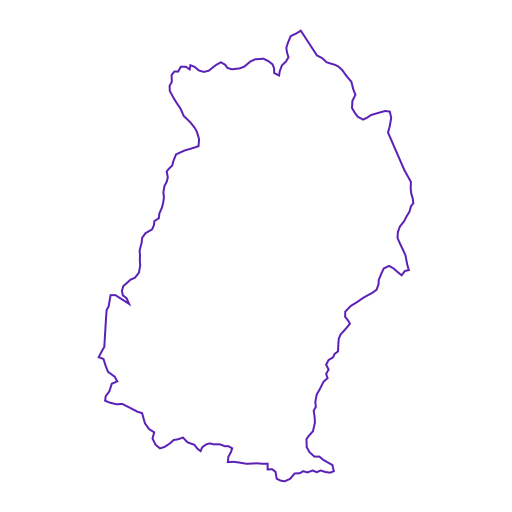 Itirapina, São Paulo, Brazil
{"feature_id": "56859067B43093187714346", "entity_name": "Itirapina", "entity_type": "district", "adm_level": 2, "iso_a3": "BRA", "parent_name": "Brazil", "parent_adm1": "São Paulo", "projection": "albers", "projection_center": [-47.835, -22.292], "detail": "fine", "context": "isolated", "style": "outline", "palette": "violet", "viewbox_px": 512, "rotation_deg": 0, "n_neighbors": 0, "source": "geoboundaries", "source_scale": "gbopen_adm2", "svg_char_len": 3097}
<svg xmlns="http://www.w3.org/2000/svg" viewBox="0 0 512 512"><path d="M300.8,30.7L296.6,33.3L290.7,36.1L287.9,42.8L286.3,47.9L287.1,52.9L288.5,57.2L286.0,61.5L281.9,65.4L279.7,71.4L279.1,75.5L274.2,73.1L274.1,68.2L272.5,64.3L268.6,61.3L263.5,58.7L255.2,59.3L250.4,61.5L244.2,66.7L239.7,68.4L231.9,69.3L227.4,67.9L225.1,64.7L220.9,62.3L216.2,64.9L213.0,67.3L208.6,70.8L203.8,71.9L198.9,70.5L194.6,66.9L190.4,65.2L189.7,69.4L185.9,66.8L180.9,66.7L178.1,71.6L174.4,71.5L171.6,75.1L171.8,81.9L169.6,85.8L169.8,91.0L173.6,98.0L176.8,103.2L180.4,108.4L183.7,115.9L190.1,122.1L194.7,127.8L196.9,131.8L199.1,139.3L198.5,146.2L190.5,148.8L185.1,150.3L180.8,152.2L176.0,154.4L173.6,160.4L172.2,165.6L169.4,168.2L166.7,171.4L167.8,177.4L166.7,181.9L164.5,185.8L163.4,192.0L163.9,197.4L163.3,202.2L162.0,207.5L159.3,213.6L158.9,218.1L154.4,221.1L153.9,225.2L152.1,229.4L145.6,233.1L142.2,237.6L141.6,242.8L139.6,250.5L140.0,254.9L139.8,259.6L140.2,265.6L138.9,272.7L135.0,277.7L130.3,279.8L127.3,282.6L123.3,286.1L121.9,290.8L122.8,295.3L126.5,298.1L129.1,303.9L115.3,295.1L110.6,295.1L108.6,306.5L106.7,309.9L106.2,315.3L104.3,346.9L102.0,350.8L98.7,357.2L103.5,359.0L105.3,364.9L108.0,371.8L114.8,376.8L117.2,381.4L111.8,383.7L109.3,391.4L105.7,396.2L105.1,400.7L109.9,402.7L116.8,404.3L122.2,403.9L126.8,406.2L137.6,411.8L142.1,413.1L143.3,417.5L144.9,423.2L148.9,429.0L154.2,432.3L152.5,438.5L155.6,444.8L160.0,448.4L164.6,446.9L169.5,443.7L173.7,440.0L177.5,439.4L183.0,437.6L187.5,442.3L194.4,444.8L197.5,448.8L200.6,451.1L202.2,447.3L206.0,444.5L209.7,443.4L213.5,444.3L219.8,444.3L224.8,446.2L228.4,446.2L232.2,448.3L230.9,452.2L228.4,456.7L227.8,462.1L233.8,461.8L238.9,462.5L246.6,463.8L256.6,463.3L263.2,463.8L267.6,463.7L267.7,469.5L272.1,469.2L275.5,471.8L276.7,478.7L280.5,480.6L284.7,481.3L290.0,478.9L294.6,473.5L299.9,473.2L303.1,471.2L307.5,472.4L312.7,470.5L316.7,472.2L320.6,470.5L325.4,472.0L330.1,472.7L333.8,471.2L332.4,465.0L327.2,462.1L323.2,459.8L319.4,456.6L314.4,456.6L309.5,452.2L306.7,447.1L306.5,439.1L308.9,435.7L313.0,431.2L313.9,427.1L314.9,422.8L314.7,417.6L313.7,410.6L315.8,406.9L315.3,401.9L316.7,394.6L320.1,388.6L323.4,381.9L327.6,378.1L326.1,373.9L328.6,369.5L326.1,364.6L328.6,360.0L333.0,357.4L334.6,353.9L338.0,351.4L338.4,342.8L338.8,338.7L340.6,334.4L346.1,328.4L349.9,323.7L347.9,320.2L345.1,316.8L345.3,311.6L350.7,306.0L357.2,302.0L363.1,297.9L366.6,295.9L372.6,292.7L376.6,289.7L378.6,284.1L378.7,280.0L381.5,273.3L383.8,268.4L389.1,265.9L393.5,268.4L398.5,272.8L401.6,275.3L404.9,271.0L408.8,270.1L407.2,264.4L405.4,255.1L403.0,249.9L399.9,243.4L397.5,237.9L397.9,232.0L399.9,226.5L404.1,221.2L406.8,216.0L409.5,211.7L410.9,206.3L413.3,203.3L412.7,198.4L411.1,192.9L410.7,188.5L410.9,181.9L404.3,170.0L388.0,132.5L389.8,126.0L391.2,117.8L389.8,111.6L385.2,111.0L381.1,112.1L376.5,113.4L371.1,115.0L366.9,117.8L363.2,119.6L357.8,116.8L355.0,113.1L352.0,108.0L352.4,100.9L355.4,94.8L353.2,89.1L351.4,81.8L346.4,75.9L342.3,70.1L338.3,66.5L334.9,64.8L330.5,63.5L326.7,62.3L322.0,58.0L317.0,55.5L300.8,30.7Z" fill="none" stroke="#5b21b6" stroke-width="2"/></svg>